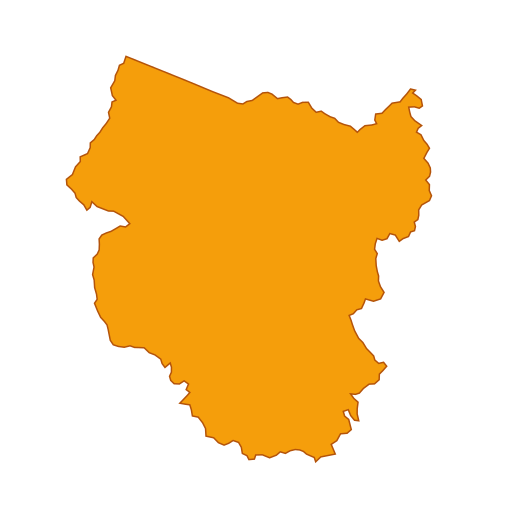 Goiandira, Goiás, Brazil (Mercator projection), rotated 175°
{"feature_id": "56859067B40812937641421", "entity_name": "Goiandira", "entity_type": "district", "adm_level": 2, "iso_a3": "BRA", "parent_name": "Brazil", "parent_adm1": "Goiás", "projection": "mercator", "projection_center": [-48.152, -18.118], "detail": "fine", "context": "isolated", "style": "filled", "palette": "amber", "viewbox_px": 512, "rotation_deg": 175, "n_neighbors": 0, "source": "geoboundaries", "source_scale": "gbopen_adm2", "svg_char_len": 3325}
<svg xmlns="http://www.w3.org/2000/svg" viewBox="0 0 512 512"><g transform="rotate(175 256 256)"><path d="M214.5,45.8L209.0,50.2L194.3,51.8L197.5,61.8L191.6,65.0L187.3,71.5L180.7,71.5L176.2,74.8L177.9,85.1L181.7,88.8L182.6,93.6L177.5,94.9L175.6,88.8L172.2,83.8L168.0,82.9L169.0,89.8L168.5,95.0L167.1,101.5L170.9,105.5L173.8,110.4L169.0,109.5L165.0,110.4L160.5,114.7L154.5,118.5L149.1,118.3L144.1,122.0L143.4,127.6L139.7,130.7L135.4,134.8L138.2,139.0L143.1,138.3L146.7,142.0L147.5,146.2L150.7,150.2L154.0,154.2L157.1,160.5L160.9,165.0L164.3,173.0L166.0,179.5L166.9,183.6L168.4,188.7L164.1,190.0L160.3,193.6L155.5,194.5L152.4,199.9L150.7,203.7L142.9,200.7L135.6,202.4L131.6,208.6L134.7,214.6L136.2,220.4L135.6,225.4L136.5,229.8L137.1,235.9L136.9,243.0L135.0,247.8L137.3,252.4L136.1,257.8L133.9,263.0L129.0,260.7L124.0,261.8L120.7,266.7L115.4,264.7L112.0,258.1L108.0,260.5L102.4,262.1L99.9,266.5L95.9,267.4L94.6,271.5L95.4,276.0L91.6,278.2L90.3,282.4L89.9,287.8L86.5,292.4L78.4,296.1L75.9,300.7L77.7,306.1L77.0,312.0L80.3,316.9L76.2,320.3L74.8,324.4L74.7,328.5L76.5,333.5L80.3,338.6L76.5,344.6L73.8,348.2L75.9,352.5L78.8,356.5L81.1,362.4L85.3,365.4L83.3,369.1L79.6,371.5L86.0,376.9L89.5,381.4L90.3,385.8L90.9,391.0L85.2,390.8L80.5,389.0L77.1,391.0L77.8,397.5L81.9,401.5L85.7,404.7L82.7,407.3L87.5,408.9L91.6,404.4L96.0,400.3L99.0,397.0L107.1,396.4L110.3,393.7L114.2,390.6L118.0,387.2L124.4,387.0L125.8,381.1L124.3,377.3L129.3,376.4L136.1,376.3L141.1,373.1L144.3,370.4L147.1,373.5L150.7,377.1L156.9,379.3L162.2,382.0L165.6,386.3L170.1,388.3L175.0,391.7L178.4,394.6L183.5,393.9L187.5,398.4L190.5,404.6L196.2,405.0L200.9,403.6L205.3,405.7L207.7,408.9L210.7,411.6L216.0,411.4L220.9,410.9L226.0,415.9L229.9,417.9L235.1,417.9L246.2,411.3L251.7,410.7L255.8,408.6L261.1,409.8L269.6,416.0L284.7,423.4L309.2,436.2L368.1,466.2L371.0,459.5L375.4,457.9L377.3,453.0L380.3,448.1L381.4,442.9L386.1,436.2L385.1,428.3L381.9,423.4L386.0,422.0L387.0,417.2L390.4,412.0L389.7,406.0L393.6,401.1L397.6,397.0L400.8,392.8L404.2,389.7L407.0,386.1L411.2,383.1L411.7,378.4L414.9,372.7L422.5,370.1L422.8,365.4L428.0,360.6L431.8,353.1L438.2,348.9L438.2,343.3L433.9,338.6L430.8,334.3L430.0,329.9L427.1,326.1L423.1,322.0L420.5,316.4L417.0,318.9L414.8,324.4L410.0,319.1L399.1,313.7L394.0,313.1L384.8,307.0L378.9,299.2L383.4,296.3L388.7,297.7L393.5,295.4L398.2,293.2L403.1,292.0L407.8,290.3L410.8,286.7L411.0,281.3L411.7,275.7L414.0,271.7L418.3,268.3L418.9,263.8L418.3,259.1L420.4,251.7L419.3,246.1L419.5,238.6L418.2,231.9L418.0,226.7L421.0,223.0L418.6,215.1L416.1,208.4L412.7,204.0L410.4,200.3L409.7,195.9L409.1,190.3L408.5,184.7L405.9,180.0L401.0,177.9L395.2,176.6L389.3,177.5L384.9,175.5L380.6,175.0L375.4,174.3L370.8,169.0L365.3,166.3L359.9,161.6L358.9,157.0L356.4,152.9L350.8,156.9L349.9,152.6L350.4,147.6L352.6,143.7L351.8,139.5L348.7,135.9L343.5,135.2L338.5,137.9L334.4,134.3L337.2,129.0L333.8,125.8L336.7,123.0L344.7,116.0L339.6,114.6L334.9,113.5L333.8,108.4L333.3,102.2L327.6,100.5L323.7,94.5L321.3,88.5L321.5,80.9L314.0,78.6L309.7,73.3L304.3,70.4L299.5,71.8L294.9,74.2L289.6,71.8L287.3,66.8L286.8,60.5L282.4,57.9L280.8,53.8L275.3,53.8L273.6,57.8L267.0,57.4L260.0,53.8L253.1,55.8L248.9,58.8L243.9,56.8L239.0,59.0L233.8,59.8L229.4,59.0L225.8,57.2L223.0,54.3L219.4,52.3L215.5,50.2L214.5,45.8Z" fill="#f59e0b" stroke="#b45309" stroke-width="1.5"/></g></svg>